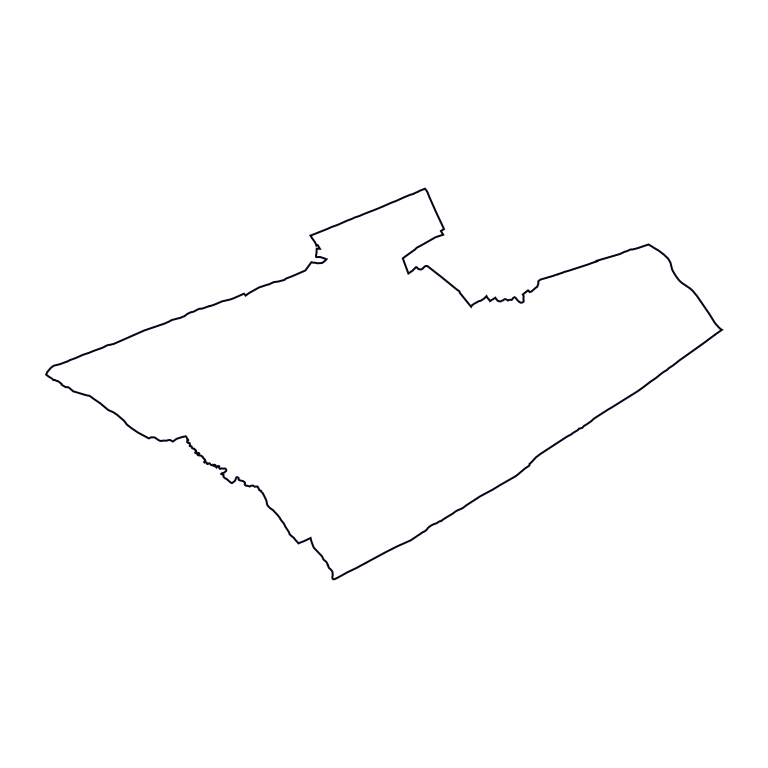 outline of Leorda, Botosani, Romania
{"feature_id": "2599482B49555817634638", "entity_name": "Leorda", "entity_type": "district", "adm_level": 2, "iso_a3": "ROU", "parent_name": "Romania", "parent_adm1": "Botosani", "projection": "mercator", "projection_center": [26.484, 47.822], "detail": "fine", "context": "isolated", "style": "outline", "palette": "ink", "viewbox_px": 768, "rotation_deg": 0, "n_neighbors": 0, "source": "geoboundaries", "source_scale": "gbopen_adm2", "svg_char_len": 6086}
<svg xmlns="http://www.w3.org/2000/svg" viewBox="0 0 768 768"><path d="M410.8,540.3L423.1,532.0L424.2,531.6L426.4,530.0L428.6,527.3L431.3,525.4L433.5,524.3L436.7,523.2L439.2,521.5L440.3,521.1L441.1,521.1L441.1,520.9L445.4,518.0L452.6,513.7L455.2,511.7L457.0,510.6L462.7,508.1L466.2,505.4L480.2,496.3L492.9,489.5L499.9,485.2L515.3,476.4L517.5,474.8L525.2,468.3L528.9,465.9L529.5,465.1L529.5,464.0L531.7,462.0L536.0,457.3L540.5,453.9L566.1,437.2L568.6,435.7L570.6,434.8L573.4,432.7L578.0,430.0L579.0,428.6L581.0,428.3L582.4,427.7L584.0,425.9L586.0,424.8L590.8,421.5L593.8,418.8L595.4,417.7L608.6,409.2L611.3,407.7L637.1,391.6L642.4,387.9L650.5,381.7L656.1,377.9L662.1,373.0L664.8,371.2L666.4,370.4L669.2,367.9L673.1,365.4L679.4,360.4L702.2,344.2L715.8,334.1L721.9,329.8L720.8,329.2L718.6,327.2L715.0,323.1L709.0,313.5L697.0,296.0L692.7,290.8L690.0,288.4L681.9,282.9L679.4,280.7L677.8,278.7L675.5,275.5L672.8,270.9L672.1,269.4L670.6,263.2L670.2,262.2L668.7,259.6L667.7,258.2L664.0,254.7L658.5,250.5L654.2,248.0L651.1,246.0L648.5,244.5L636.9,248.4L632.4,249.5L631.0,249.4L630.1,249.7L626.7,251.2L624.5,251.8L620.0,254.0L596.7,260.8L597.1,261.3L591.6,263.1L588.5,264.3L569.8,270.4L563.8,272.1L562.3,272.9L561.5,272.9L560.8,273.4L560.2,273.4L558.4,274.2L557.9,274.1L557.6,274.5L556.8,274.6L552.4,276.1L540.4,279.6L538.3,281.3L538.3,284.1L537.5,285.8L537.4,286.6L537.1,286.8L535.2,288.2L531.6,291.4L529.8,292.1L529.2,291.7L528.6,290.6L528.0,290.4L522.8,294.5L523.7,296.1L523.4,297.9L523.7,301.3L523.5,301.7L522.3,302.5L520.8,302.7L519.5,302.1L517.7,300.5L515.5,297.7L514.4,297.2L513.2,298.0L511.7,299.9L509.4,299.9L507.9,300.5L506.3,299.4L504.9,299.1L504.2,299.4L503.0,300.4L502.1,300.6L501.0,301.3L499.9,301.4L498.4,301.1L497.8,300.8L496.4,299.3L495.3,297.7L490.0,301.1L489.3,299.9L487.3,297.7L486.5,296.1L484.3,298.4L480.9,300.7L478.8,301.2L473.9,303.9L472.1,305.2L471.1,306.8L459.8,292.8L459.4,291.3L456.9,289.6L441.4,277.0L427.8,266.4L427.1,266.0L425.6,266.0L423.9,267.2L422.5,268.8L421.2,269.4L420.4,269.5L418.4,269.0L416.6,267.2L416.1,267.1L415.8,267.3L412.6,270.6L408.4,273.5L402.8,258.4L405.1,256.6L414.9,249.6L416.8,247.7L421.2,245.4L435.4,237.3L443.2,234.7L440.9,231.0L444.0,229.0L435.9,211.8L429.1,196.4L427.7,192.7L426.7,190.9L425.0,188.7L418.7,191.2L418.4,191.6L414.3,193.3L413.5,193.9L410.2,194.8L404.1,197.3L396.2,200.9L390.9,202.9L384.7,205.7L376.6,209.1L364.7,213.7L358.8,216.2L354.7,217.5L351.3,219.1L346.7,220.8L337.9,224.8L331.9,226.9L326.7,229.2L310.5,235.6L311.8,237.8L314.7,241.8L315.8,243.9L316.4,245.6L317.2,245.0L317.7,245.1L319.9,248.8L316.7,248.7L316.5,253.3L316.0,255.5L316.1,256.9L316.6,257.1L319.5,257.0L320.8,257.2L326.5,259.2L324.8,261.0L322.1,263.0L317.3,263.3L315.7,262.8L313.5,262.7L311.4,262.2L305.5,270.3L305.1,270.6L293.0,275.9L286.5,278.4L285.5,278.9L284.5,279.9L278.4,281.5L273.6,282.2L268.6,284.5L267.7,284.6L259.2,287.4L248.6,293.3L245.7,295.6L244.0,293.7L233.1,298.5L229.8,299.6L222.3,301.3L215.2,304.3L211.9,305.5L209.2,306.3L209.1,306.1L204.0,308.0L202.0,308.6L198.9,308.9L193.3,311.8L191.0,312.2L188.0,313.6L186.5,314.5L184.5,316.2L182.4,316.9L181.1,317.6L171.6,320.1L169.4,321.4L164.7,323.5L144.2,330.5L113.3,344.1L112.2,344.2L110.0,344.9L108.6,344.9L106.1,345.8L105.6,346.2L102.3,347.8L93.6,350.9L89.1,352.8L83.2,354.7L75.3,358.2L69.4,360.3L68.7,360.9L59.9,364.2L53.8,365.7L52.4,366.6L50.9,367.8L49.0,370.0L47.3,372.0L46.1,374.6L49.0,376.8L51.1,378.0L53.0,379.5L53.4,380.1L54.7,379.9L56.6,380.9L57.9,381.1L61.6,383.9L61.6,384.7L65.7,387.2L67.9,387.1L70.0,388.5L73.2,391.3L86.1,395.2L89.5,395.8L94.9,399.7L100.5,403.5L108.2,410.0L113.2,412.2L117.1,414.8L124.1,420.8L127.0,424.7L132.1,428.6L137.9,432.5L148.8,438.4L151.2,437.3L154.2,437.4L154.8,437.5L158.5,440.1L160.5,441.0L163.7,440.6L166.5,440.7L168.0,440.2L169.4,440.0L170.6,440.2L172.7,441.5L173.7,441.0L176.3,439.0L178.4,438.2L182.3,437.0L185.7,436.3L186.4,436.9L187.2,439.0L188.1,439.6L188.2,440.4L187.2,441.0L187.1,441.3L187.2,442.1L188.3,443.0L189.2,442.9L189.7,443.3L189.7,444.0L190.1,444.9L190.0,445.5L189.7,445.8L189.8,446.0L190.0,446.2L191.2,446.3L191.7,446.6L192.0,448.0L193.2,448.7L194.2,448.7L194.4,448.9L194.3,449.2L194.5,449.5L195.8,450.3L196.1,450.8L196.2,451.6L195.4,452.0L195.2,452.4L195.3,452.9L197.4,453.8L198.0,452.9L198.8,453.0L199.2,453.7L197.8,455.0L198.1,455.3L200.9,455.6L201.6,455.9L202.1,456.7L202.9,457.1L203.5,458.4L204.7,459.3L205.2,460.2L204.8,460.9L204.2,461.7L204.3,462.4L204.6,462.6L205.4,462.1L206.3,462.3L206.8,462.9L206.9,463.7L207.4,464.0L208.0,463.9L208.7,463.4L209.5,463.3L211.0,464.9L212.8,465.4L213.1,464.8L213.5,465.0L213.8,465.8L214.4,466.1L214.6,465.6L214.4,465.0L214.6,464.8L215.3,465.1L215.9,465.9L216.2,467.2L216.5,467.5L217.7,466.2L218.4,466.0L219.1,466.2L219.2,466.9L218.7,467.1L219.8,468.7L220.4,468.8L221.6,468.4L222.9,468.6L225.1,468.5L225.9,469.2L226.3,470.2L226.1,471.0L223.9,472.8L221.6,473.4L221.3,473.6L221.3,474.1L223.5,474.9L223.4,475.8L223.6,476.9L225.4,478.5L226.6,479.0L227.5,479.7L228.0,480.3L231.4,483.0L232.2,483.0L234.9,480.9L235.4,480.0L236.1,477.8L236.7,477.2L237.3,477.2L238.1,477.6L238.7,478.2L238.5,479.1L238.9,479.9L239.8,480.3L243.2,481.2L244.3,482.0L245.0,482.8L244.9,483.7L244.7,484.4L244.9,484.8L246.2,485.8L247.4,485.7L249.7,486.5L251.2,485.8L252.5,485.5L253.1,485.6L254.6,486.7L257.5,486.5L259.0,489.2L259.2,490.0L260.2,490.7L260.8,490.6L261.0,490.8L261.2,491.6L262.5,492.9L263.0,493.6L265.4,498.4L266.6,501.4L266.8,503.0L267.1,504.3L267.5,505.4L268.8,506.9L270.3,508.3L272.7,509.9L273.6,510.8L277.9,515.4L279.8,517.9L280.6,519.5L283.9,523.6L284.5,524.7L285.0,526.1L288.6,531.6L289.5,533.5L289.6,534.3L292.4,536.8L293.8,537.8L295.1,539.6L298.6,543.4L300.1,542.6L303.7,541.3L310.6,538.0L311.1,540.5L313.5,547.1L314.2,548.1L321.8,556.1L322.5,557.2L323.0,558.5L323.5,559.5L326.4,562.0L327.8,564.7L328.1,565.4L327.9,565.6L328.3,566.0L328.6,567.2L329.0,567.9L331.1,569.8L332.0,571.0L332.4,572.0L332.6,573.0L332.7,575.4L332.4,576.8L332.3,577.8L332.6,578.5L332.9,579.0L333.4,579.3L334.7,579.1L337.8,577.6L347.6,572.2L356.4,568.0L386.0,552.0L397.3,546.3L410.8,540.3Z" fill="none" stroke="#020617" stroke-width="2"/></svg>